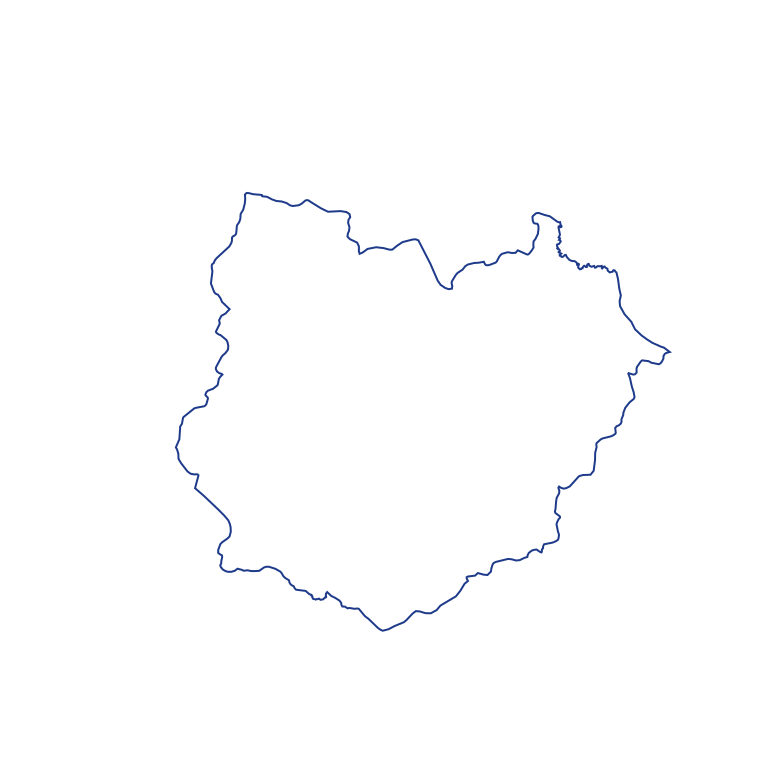 outline of Si Sakhon, Narathiwat, Thailand, rotated 46°
{"feature_id": "78962969B93940138269619", "entity_name": "Si Sakhon", "entity_type": "district", "adm_level": 2, "iso_a3": "THA", "parent_name": "Thailand", "parent_adm1": "Narathiwat", "projection": "orthographic", "projection_center": [101.514, 6.19], "detail": "fine", "context": "isolated", "style": "outline", "palette": "blue", "viewbox_px": 768, "rotation_deg": 46, "n_neighbors": 0, "source": "geoboundaries", "source_scale": "gbopen_adm2", "svg_char_len": 6153}
<svg xmlns="http://www.w3.org/2000/svg" viewBox="0 0 768 768"><g transform="rotate(46 384 384)"><path d="M191.5,438.7L199.9,442.3L202.1,442.4L204.5,441.4L208.5,442.0L212.5,443.5L222.9,443.1L223.2,449.1L222.0,453.6L223.5,458.2L226.5,460.2L229.4,468.1L229.9,468.8L231.7,468.9L234.0,468.3L235.3,467.6L242.9,466.8L245.4,467.6L248.5,469.6L250.6,472.0L251.1,473.2L251.6,476.7L251.4,480.4L251.7,482.1L255.0,492.5L255.7,493.9L256.7,494.7L259.0,495.4L261.7,495.0L264.0,493.7L265.0,493.7L265.1,497.0L265.6,499.2L268.9,503.9L269.2,504.9L268.7,510.2L266.5,515.3L266.5,517.5L267.5,519.8L268.1,520.2L271.3,520.2L272.3,520.9L275.1,525.8L275.4,527.3L275.1,528.8L270.2,536.3L269.7,537.7L268.5,551.1L268.8,552.2L272.3,557.0L273.0,560.1L281.6,569.6L285.0,577.7L287.4,578.4L291.2,580.3L294.4,583.2L295.7,584.0L300.2,585.0L308.5,585.9L310.4,586.1L314.3,585.4L317.1,583.4L319.3,581.0L320.5,580.8L320.9,581.0L327.7,592.3L339.0,591.3L359.5,590.4L367.6,590.3L373.9,590.7L377.8,592.2L380.7,594.0L383.9,596.9L386.4,601.1L386.4,604.0L385.4,610.3L385.5,613.0L388.2,618.5L390.3,620.6L392.5,620.3L394.7,619.6L396.2,620.7L397.9,623.4L400.1,626.0L400.7,627.8L402.5,628.6L405.5,628.8L408.4,628.0L410.6,626.8L413.1,624.2L414.7,621.1L415.1,617.7L419.0,615.3L420.8,614.7L423.3,611.5L426.0,609.7L428.1,607.7L431.7,603.6L432.6,597.9L433.4,596.0L435.4,593.8L441.5,590.5L447.0,588.9L448.9,589.0L452.4,589.9L454.9,589.8L459.2,588.7L461.2,589.9L462.7,590.3L464.7,590.2L466.6,589.4L469.1,590.2L471.0,590.1L478.4,584.1L483.3,583.7L485.1,582.7L485.7,582.7L485.8,583.2L487.1,583.1L487.7,583.8L489.5,584.2L490.8,583.2L491.6,582.9L492.1,581.6L492.6,581.3L493.3,579.8L495.1,579.6L496.6,577.4L496.6,574.7L497.0,574.5L497.0,573.5L496.4,573.0L495.7,572.8L494.5,571.3L494.2,569.4L499.7,569.2L503.9,567.7L508.8,566.5L511.4,566.8L513.9,568.3L515.2,568.5L516.9,566.8L520.1,566.0L521.0,564.5L525.1,561.5L527.0,559.1L528.2,558.3L537.9,559.0L542.1,558.3L555.4,557.8L558.4,557.2L560.6,556.3L563.5,551.2L565.5,544.4L569.2,535.1L569.4,532.0L569.0,522.8L569.5,518.9L572.4,516.3L577.6,513.4L581.4,509.7L583.2,503.3L582.6,497.3L586.7,479.8L585.8,472.9L583.7,465.0L584.0,460.4L581.5,459.7L580.4,458.8L580.7,457.5L585.1,451.6L585.2,447.8L590.3,444.8L593.3,442.2L593.2,437.3L591.4,435.1L589.4,431.5L588.9,429.6L589.7,427.1L596.0,416.3L598.8,413.9L602.6,411.7L605.0,408.7L606.5,404.0L608.0,401.0L606.9,399.6L606.1,397.1L606.5,393.5L607.5,391.3L609.1,389.2L612.8,388.5L614.5,387.8L614.4,387.1L612.7,385.3L612.7,383.7L611.4,382.5L610.5,380.2L615.3,372.7L616.6,369.3L616.9,367.2L616.2,365.6L614.1,362.9L610.4,361.0L604.8,357.4L603.8,355.8L602.5,352.2L602.5,350.5L601.8,349.6L600.8,349.5L596.0,350.3L594.6,349.8L592.9,347.3L588.0,341.7L585.9,339.0L584.3,334.0L582.7,332.1L579.8,330.7L579.4,329.3L581.6,328.8L583.9,327.6L585.4,325.5L586.7,321.5L585.8,308.2L586.1,307.0L587.8,304.0L592.7,298.5L592.1,293.5L585.2,284.9L580.2,279.9L577.0,274.8L574.6,273.0L574.2,271.8L574.4,266.5L575.1,264.4L579.2,257.3L580.1,255.0L580.5,252.2L580.1,251.2L576.2,248.2L576.0,245.9L576.9,243.7L577.0,241.1L576.1,239.3L574.4,237.8L572.5,233.5L570.8,231.5L568.7,226.9L567.8,220.2L568.2,214.7L567.5,212.9L563.3,210.1L558.0,207.5L550.5,202.9L546.3,201.1L546.1,200.5L550.3,198.2L551.3,196.8L551.3,194.4L548.2,191.5L547.4,189.9L546.2,183.7L546.3,181.9L551.4,177.8L554.4,176.9L560.7,172.6L561.2,170.8L560.9,168.5L559.9,165.5L558.0,163.4L557.4,161.2L557.7,159.5L559.5,156.2L552.1,157.4L550.3,158.5L541.0,162.3L534.7,163.8L528.0,165.0L519.0,165.4L511.1,162.9L500.9,162.5L491.9,160.1L488.0,156.9L484.9,152.2L479.0,148.6L470.8,142.6L465.2,139.3L464.1,139.5L462.5,139.2L461.7,139.7L461.5,140.3L462.0,141.5L460.5,144.1L457.8,144.3L456.3,143.2L454.5,143.8L452.7,143.7L452.4,144.1L452.4,146.8L451.8,146.7L450.7,145.4L450.3,145.3L449.5,146.7L447.6,148.5L447.4,150.6L446.9,151.4L445.1,150.8L443.8,153.3L441.5,154.1L439.9,153.3L439.5,153.5L439.3,154.8L440.7,156.9L440.0,157.6L438.3,157.6L438.0,157.9L437.9,159.1L438.7,160.8L437.9,161.6L438.2,162.4L437.6,163.4L435.2,163.5L434.3,162.6L433.4,160.7L432.8,160.5L432.1,161.0L432.5,161.7L432.3,162.2L430.8,161.2L429.3,161.2L427.8,161.7L426.2,163.3L423.6,164.4L419.8,164.3L417.4,163.5L416.9,164.1L416.8,166.7L416.3,167.7L415.7,168.0L414.7,167.8L413.8,168.4L413.2,168.0L413.3,165.9L410.6,166.9L410.3,166.7L410.4,164.9L408.5,164.5L407.7,165.2L406.8,165.2L406.6,164.2L405.5,164.0L404.0,162.9L403.9,162.5L404.8,160.8L404.2,157.8L402.7,157.4L401.9,158.0L401.4,156.2L399.9,156.6L399.3,154.6L398.7,153.6L393.0,150.0L392.0,149.0L392.2,148.3L393.3,148.4L393.9,148.1L394.2,147.3L393.9,146.7L391.8,146.2L389.9,144.9L389.3,145.7L387.6,146.6L378.6,148.2L373.9,151.1L368.8,153.7L367.5,154.9L366.8,156.2L366.6,160.1L366.9,161.1L369.7,163.4L372.0,164.4L373.1,164.1L375.3,162.4L376.5,162.6L378.3,163.7L380.1,165.5L383.0,169.2L384.9,174.4L385.3,177.3L387.3,179.6L389.7,181.6L390.6,185.0L391.1,189.3L390.8,190.6L389.8,191.3L380.8,194.9L381.0,198.3L378.5,201.1L376.1,202.7L374.9,203.9L372.3,208.8L372.2,210.7L372.5,212.8L374.2,217.8L374.2,219.5L371.4,225.9L370.2,227.4L369.1,228.1L367.5,228.0L365.4,227.3L362.7,231.4L359.5,235.2L356.3,240.7L355.7,243.6L356.3,248.0L355.2,254.1L355.5,256.9L357.2,263.4L357.7,264.5L358.3,265.2L361.0,266.9L362.6,268.9L360.7,271.6L357.6,273.2L352.1,274.4L347.0,273.6L329.7,267.1L304.6,259.5L301.9,260.7L299.9,263.1L294.8,272.1L293.6,278.8L293.1,284.7L291.2,286.7L286.1,289.8L280.2,294.6L275.4,302.0L274.6,308.0L273.4,311.1L271.1,309.9L267.5,306.4L263.6,305.1L256.1,307.9L252.6,307.9L250.7,305.5L249.5,302.7L247.2,299.9L243.2,297.9L241.3,295.6L240.5,292.4L237.8,290.8L234.2,291.6L229.5,295.1L221.2,304.6L213.8,307.3L201.6,310.4L199.6,310.7L198.1,311.8L197.4,313.1L197.1,317.8L196.3,321.0L192.6,326.0L190.1,327.5L186.1,328.4L181.5,330.9L177.7,334.2L173.5,336.3L168.1,338.1L164.3,341.2L163.1,340.6L156.3,346.5L153.1,348.4L151.4,349.8L151.1,350.7L151.2,352.5L154.5,355.3L157.5,358.8L160.9,364.3L162.1,369.0L165.2,372.4L166.4,374.4L167.1,376.3L167.6,379.0L168.2,380.2L172.6,385.2L173.4,386.7L173.4,388.5L172.9,390.0L173.0,391.5L175.4,394.0L176.5,395.8L177.6,399.7L177.2,417.4L177.6,420.0L178.7,422.3L178.5,424.4L178.8,425.2L180.2,426.7L183.8,429.2L191.5,438.7Z" fill="none" stroke="#1e3a8a" stroke-width="2"/></g></svg>